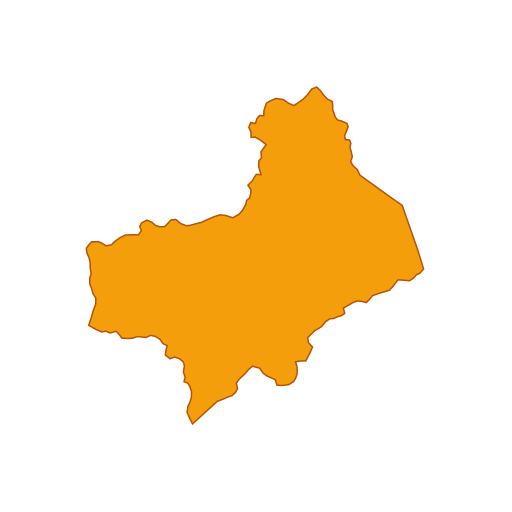 Barra de Santana, Paraíba, Brazil (Robinson projection), rotated 111°
{"feature_id": "56859067B28014934647580", "entity_name": "Barra de Santana", "entity_type": "district", "adm_level": 2, "iso_a3": "BRA", "parent_name": "Brazil", "parent_adm1": "Paraíba", "projection": "robinson", "projection_center": [-35.963, -7.568], "detail": "fine", "context": "isolated", "style": "filled", "palette": "amber", "viewbox_px": 512, "rotation_deg": 111, "n_neighbors": 0, "source": "geoboundaries", "source_scale": "gbopen_adm2", "svg_char_len": 2708}
<svg xmlns="http://www.w3.org/2000/svg" viewBox="0 0 512 512"><g transform="rotate(111 256 256)"><path d="M270.1,375.1L273.3,372.2L278.3,373.3L281.0,380.2L283.2,385.4L287.4,389.4L293.3,393.2L297.4,395.0L300.3,399.8L299.2,404.5L299.1,408.5L301.7,414.5L305.7,416.2L309.9,417.1L313.8,414.9L317.3,411.4L321.5,408.5L326.3,406.6L331.8,403.5L336.3,403.3L341.7,401.1L344.8,398.2L349.4,394.8L352.7,390.4L358.5,388.4L365.2,388.4L373.3,387.6L380.6,387.4L381.8,380.1L382.2,372.7L380.0,369.3L380.2,364.7L376.4,359.6L378.5,355.2L380.8,351.9L378.9,346.0L377.2,342.1L373.7,337.7L371.5,329.6L367.9,325.9L367.1,321.3L368.1,316.0L371.2,311.2L371.5,306.9L376.6,306.2L381.0,305.1L382.7,299.4L379.4,295.7L379.4,290.3L381.0,285.8L384.4,283.4L390.4,282.2L394.5,278.7L399.1,278.2L399.2,274.1L401.6,271.0L405.8,267.5L411.8,265.5L416.5,265.3L420.8,265.7L426.7,264.3L431.3,259.8L435.5,255.1L405.6,240.1L401.3,235.3L398.1,232.1L394.9,228.4L390.8,226.2L386.4,225.7L381.8,228.8L376.9,227.5L372.7,225.5L369.1,223.8L364.9,222.4L360.2,219.8L359.4,212.4L362.9,207.3L364.0,203.2L364.3,198.8L364.5,193.8L369.1,190.1L367.5,185.1L364.3,179.3L359.8,175.9L356.3,175.2L351.4,175.4L345.8,177.4L340.5,181.1L337.6,175.8L336.1,171.9L332.3,171.5L327.3,170.9L320.7,170.6L318.2,175.8L313.8,178.5L308.4,176.1L304.7,174.4L301.8,172.0L298.4,169.5L292.4,167.5L288.3,164.7L286.6,161.2L283.9,158.6L280.9,154.7L277.8,152.6L273.3,155.7L269.3,152.5L264.7,148.8L261.6,145.3L260.4,140.4L259.9,136.3L255.8,134.5L251.2,132.9L247.2,128.3L240.2,119.2L235.8,117.4L231.1,116.0L227.4,114.9L225.7,109.6L224.1,103.9L220.5,101.2L216.0,99.5L213.4,96.9L208.0,94.9L192.0,107.5L156.4,137.6L152.2,154.2L143.3,187.9L139.0,192.4L137.0,197.7L133.9,201.5L128.8,201.6L124.5,204.5L120.9,207.3L116.9,207.8L114.2,210.2L115.2,214.3L112.1,216.4L107.3,216.3L102.3,216.3L99.6,218.7L99.3,224.5L99.8,228.6L97.8,231.9L94.8,234.3L91.8,236.9L88.5,238.2L84.5,240.0L83.8,245.9L81.3,250.9L78.6,255.1L76.5,259.8L80.1,263.8L86.9,265.7L92.7,268.2L98.6,272.1L102.0,274.7L101.7,280.4L100.2,286.5L101.7,293.8L105.9,298.1L109.4,301.0L113.3,300.9L117.3,300.7L122.3,299.0L123.5,303.0L127.6,304.4L132.5,304.0L133.3,308.8L138.4,308.8L142.2,305.1L147.0,303.1L145.3,299.2L146.2,293.9L148.3,286.5L152.8,287.6L157.0,288.7L162.2,286.1L166.3,287.4L172.1,285.2L175.1,283.0L178.2,280.4L179.7,285.0L183.2,285.7L187.4,286.5L192.8,288.9L196.1,284.3L199.9,283.3L204.0,282.8L207.5,284.7L211.5,284.0L218.2,285.0L223.1,286.8L228.6,291.4L229.0,298.8L230.4,304.2L234.2,309.1L239.5,314.5L244.4,319.3L247.9,324.3L251.0,328.5L252.7,332.0L252.7,338.0L250.6,343.9L252.7,348.2L257.2,350.0L261.4,351.9L263.2,356.5L263.5,360.6L261.8,365.5L261.6,370.7L266.2,374.7L270.1,375.1Z" fill="#f59e0b" stroke="#b45309" stroke-width="1.5"/></g></svg>